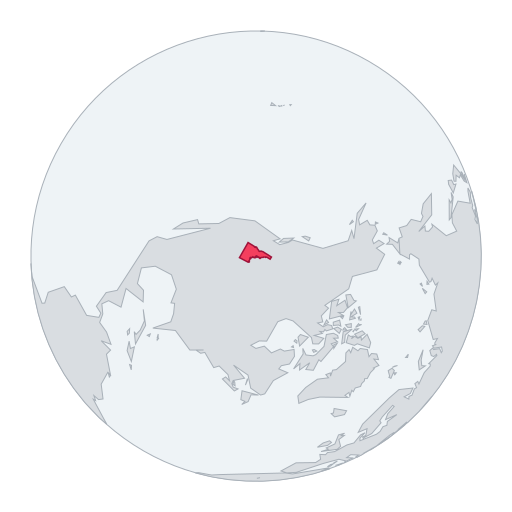 Idaho highlighted on a globe, orthographic projection, rotated 120°
{"feature_id": "USA-3518", "entity_name": "Idaho", "entity_type": "State", "adm_level": 1, "iso_a3": "USA", "parent_name": "United States of America", "parent_adm1": "", "projection": "orthographic", "projection_center": [-114.383, 45.496], "detail": "fine", "context": "on_globe", "style": "filled", "palette": "rose", "viewbox_px": 512, "rotation_deg": 120, "n_neighbors": 0, "source": "natural_earth", "source_scale": "10m", "svg_char_len": 11994}
<svg xmlns="http://www.w3.org/2000/svg" viewBox="0 0 512 512"><g transform="rotate(120 256 256)"><circle cx="256" cy="256" r="225" fill="#eef3f6" stroke="#a8b0b8"/><path d="M58.8,363.4L59.4,364.7L58.8,363.4ZM375.0,447.3L385.6,439.9L403.9,417.7L402.4,415.4L391.3,417.8L378.4,406.7L383.8,395.4L380.2,392.9L392.1,373.0L387.7,361.4L383.1,361.8L379.3,369.1L362.6,367.5L355.2,359.1L296.4,356.2L288.7,351.3L286.2,341.4L254.7,309.3L273.9,341.0L263.9,335.7L253.7,324.8L256.8,321.6L246.4,304.4L235.8,297.8L226.1,274.5L229.1,243.7L234.1,248.6L234.3,241.1L228.0,234.7L223.9,232.4L215.9,201.8L196.7,183.8L186.0,185.9L192.0,179.8L168.4,189.7L155.0,187.2L173.1,185.4L177.2,181.8L169.5,177.5L172.1,172.9L169.9,168.4L173.6,163.5L183.9,163.3L186.5,160.3L180.9,157.5L181.2,151.3L189.0,155.7L190.2,145.4L207.6,144.4L225.5,162.3L238.1,159.3L264.3,171.7L264.9,167.1L275.2,169.5L279.7,165.2L283.2,169.2L283.7,162.4L279.6,159.6L278.4,155.8L280.7,153.1L285.7,157.6L285.2,159.6L287.9,159.6L289.4,163.0L289.9,159.8L295.7,165.9L293.4,156.1L300.8,157.8L303.7,162.9L298.9,167.2L293.7,191.4L295.2,198.7L302.0,204.3L324.4,204.2L327.9,210.7L335.9,215.9L336.1,209.9L329.9,203.7L332.2,194.2L324.4,188.4L324.2,183.9L317.9,176.3L323.7,172.5L332.8,173.0L338.3,179.2L342.4,179.8L341.2,170.1L355.2,178.7L371.0,179.5L374.1,182.5L373.1,194.5L363.1,203.4L361.7,220.9L367.6,204.8L375.2,213.5L378.6,213.2L381.0,210.2L380.1,205.1L383.7,207.3L379.3,223.6L375.9,221.8L377.3,216.5L372.7,221.0L369.7,232.9L373.8,236.8L365.1,252.1L367.9,255.3L367.5,260.7L363.6,254.4L370.5,266.3L360.8,288.5L370.0,309.3L355.6,296.9L347.2,298.5L337.7,302.8L339.1,306.2L324.6,308.4L314.5,319.8L315.2,338.1L323.6,349.3L339.2,344.9L341.9,336.3L352.2,330.8L349.1,352.3L367.8,347.3L368.4,361.3L374.5,365.6L382.8,359.7L391.7,358.2L396.6,347.4L405.0,337.4L406.8,347.7L410.2,334.9L415.8,336.4L431.6,322.7L430.8,326.2L444.4,326.0L456.3,317.0L459.1,320.6L457.9,326.6L461.4,322.6L461.4,325.3L472.7,307.1L476.2,301.2L474.6,310.3L468.7,330.3L467.8,332.7L461.6,348.1L454.2,363.1L445.7,377.5L436.2,391.2L425.7,404.2L414.3,416.3L401.9,427.6L388.8,437.9L375.0,447.3ZM115.3,319.0L116.0,314.2L118.3,318.6L115.3,319.0ZM114.7,310.4L114.8,312.2L114.3,310.5L114.7,310.4ZM113.1,308.6L114.2,309.9L112.8,308.9L113.1,308.6ZM110.9,306.7L112.2,307.6L110.9,306.7ZM371.2,316.9L392.4,316.4L382.4,323.6L383.9,320.7L378.1,319.2L368.0,320.2L358.6,327.0L371.2,316.9ZM108.0,302.4L107.3,301.2L108.6,301.5L108.0,302.4ZM376.0,300.8L372.5,301.7L375.7,299.9L376.0,300.8ZM221.6,232.3L227.6,235.1L232.3,242.8L227.0,240.9L221.6,232.3ZM213.1,218.2L216.6,217.9L216.1,225.6L214.2,223.3L213.1,218.2ZM177.6,188.8L182.1,190.8L176.9,190.5L177.6,188.8ZM168.9,168.6L166.8,169.6L166.5,166.9L168.9,168.6ZM315.1,179.0L316.5,177.7L317.0,179.8L315.1,179.0ZM311.1,177.1L310.7,180.5L308.7,180.1L309.0,178.0L311.1,177.1ZM172.0,157.0L172.2,152.6L173.8,157.1L172.0,157.0ZM312.2,173.2L305.3,179.0L301.8,178.3L300.2,170.1L312.2,173.2ZM173.5,150.0L173.8,139.8L169.2,141.0L182.3,132.4L177.7,143.7L180.4,148.8L176.5,147.6L173.5,150.0ZM277.3,159.9L281.8,162.7L276.0,162.9L277.3,159.9ZM273.8,161.0L257.5,167.8L252.0,162.6L258.6,161.2L249.8,156.8L255.1,150.9L261.1,152.0L263.7,156.4L263.8,150.8L273.8,161.0ZM189.5,129.6L191.2,127.3L191.4,129.7L189.5,129.6ZM277.5,154.3L274.7,156.0L269.7,151.5L274.4,147.4L274.5,150.1L277.5,154.3ZM244.8,158.7L242.0,154.9L245.5,149.0L244.8,146.7L254.7,150.3L244.8,158.7ZM276.8,149.8L276.9,145.4L281.4,145.2L279.9,152.4L276.8,149.8ZM266.4,152.2L264.3,150.0L267.0,149.8L266.4,152.2ZM297.1,142.4L293.8,144.2L291.0,142.0L297.1,142.4ZM276.7,143.8L275.2,143.9L273.7,143.4L274.7,140.6L276.7,143.8ZM256.5,146.0L258.6,144.5L252.7,144.2L255.1,140.0L261.2,143.3L259.6,140.1L260.3,138.8L264.5,143.0L256.5,146.0ZM271.2,136.1L279.8,139.2L286.5,136.1L289.2,137.9L278.0,142.6L271.2,136.1ZM266.9,139.7L270.2,137.8L271.9,140.9L270.8,144.1L266.9,139.7ZM254.5,136.1L249.2,141.7L248.0,140.8L254.5,136.1ZM272.8,134.5L270.6,133.8L273.0,133.9L272.8,134.5ZM259.7,134.9L258.0,136.9L256.7,135.8L259.7,134.9ZM267.8,130.9L270.6,131.8L269.9,133.9L267.8,130.9ZM263.8,132.2L262.5,130.3L268.0,134.1L263.3,133.3L263.8,132.2ZM258.8,133.5L257.5,133.6L259.7,132.8L258.8,133.5ZM268.8,122.6L275.9,126.9L274.4,131.5L267.7,126.6L268.8,122.6ZM474.2,200.1L472.4,197.6L467.9,185.0L463.3,177.9L429.4,122.4L426.5,115.4L404.7,89.0L402.7,86.6L409.9,92.1L403.5,85.7L416.0,97.4L427.5,110.0L438.1,123.4L447.6,137.5L456.0,152.4L463.3,167.8L469.4,183.8L474.2,200.1ZM367.0,60.0L366.5,59.8L344.9,49.2L327.7,42.5L347.8,50.3L367.0,60.0ZM324.5,41.4L323.8,41.2L332.8,44.9L324.2,42.4L335.4,46.3L333.8,45.2L340.7,47.9L342.6,49.1L339.5,48.1L344.5,50.7L358.0,55.9L357.8,55.3L373.2,64.3L374.4,64.4L379.9,67.9L380.1,69.1L377.1,67.7L380.7,74.6L385.3,76.7L382.2,70.6L384.9,72.9L391.0,76.6L388.5,75.7L390.6,82.6L402.0,94.0L423.2,112.9L428.4,120.9L429.7,126.9L415.1,117.9L405.1,101.1L399.8,98.4L395.9,101.5L393.3,96.4L390.5,95.8L386.1,90.1L374.2,82.8L368.9,77.7L358.7,76.0L354.6,73.3L361.8,74.9L364.0,73.6L350.2,62.6L345.9,60.8L340.3,60.7L337.2,58.0L333.6,59.5L322.9,54.7L332.9,62.0L326.7,63.0L317.2,61.1L317.0,63.0L332.4,66.2L336.9,66.4L337.9,64.3L351.9,67.0L357.8,70.7L350.0,73.5L357.6,79.3L348.3,79.6L312.3,69.6L300.2,65.4L291.9,54.1L297.9,53.6L303.9,57.3L303.5,52.1L301.1,53.3L298.5,51.3L291.9,52.4L289.7,51.1L287.1,54.6L283.7,53.2L285.4,50.9L272.8,52.0L264.2,50.1L262.4,51.1L262.9,52.6L251.8,49.6L250.9,50.5L254.2,51.8L254.6,54.4L251.0,58.2L247.4,57.0L248.2,55.4L244.4,50.6L247.1,47.2L245.2,47.1L242.0,49.8L246.7,55.6L245.5,58.3L242.4,55.6L243.5,56.7L241.8,57.7L236.7,57.6L239.7,60.8L226.0,75.0L214.7,76.9L213.5,72.4L200.1,82.8L188.4,85.1L191.5,86.1L187.2,92.4L190.7,91.7L191.9,92.7L182.3,109.9L177.2,113.4L176.6,123.0L178.1,123.7L181.9,121.5L182.3,132.4L169.2,141.0L166.3,138.9L160.1,146.1L154.3,140.7L146.7,139.9L144.0,130.5L138.2,131.2L136.4,134.0L127.2,137.3L114.3,135.3L132.5,124.4L153.4,127.3L145.6,124.7L149.7,121.8L148.3,118.8L142.6,117.6L140.5,119.6L143.3,101.4L134.1,94.6L129.1,102.5L122.3,107.0L107.5,108.6L103.2,96.9L94.1,104.7L91.1,106.5L93.6,102.3L98.1,99.4L103.9,93.6L106.0,93.0L111.6,85.9L114.9,84.7L117.6,80.3L112.6,83.7L106.5,90.0L107.4,87.3L96.5,97.2L92.0,101.5L103.3,90.4L115.3,80.1L128.0,70.6L141.3,62.1L155.2,54.5L169.6,48.0L184.4,42.4L199.6,37.9L215.0,34.5L230.7,32.1L246.4,30.9L262.3,30.8L278.0,31.8L293.7,33.9L309.2,37.1L324.5,41.4ZM446.0,141.7L448.1,144.1L446.0,141.7ZM297.4,34.6L298.5,34.8L290.5,33.5L289.5,33.5L294.2,34.4L308.0,36.9L305.7,36.3L297.4,34.6ZM432.1,322.2L434.2,322.5L431.8,324.8L432.1,322.2ZM382.1,329.1L386.1,327.1L388.5,327.7L385.7,329.9L382.1,329.1ZM412.9,309.2L417.0,307.1L413.2,311.2L412.9,309.2ZM395.5,315.9L409.7,311.2L402.4,320.3L393.2,323.3L398.9,318.5L395.5,315.9ZM376.3,308.6L379.1,308.1L379.0,310.6L376.3,308.6ZM378.3,299.5L377.4,300.2L375.6,299.1L378.3,299.5ZM375.4,212.5L375.9,211.3L378.9,209.2L378.6,212.0L375.4,212.5ZM386.0,190.0L391.7,194.1L387.4,192.9L388.0,197.3L379.7,200.7L375.2,184.3L378.7,190.9L386.0,190.0ZM367.4,201.3L373.1,200.6L367.0,202.0L367.4,201.3ZM379.3,99.9L379.7,97.4L384.2,99.3L390.9,107.2L384.4,104.4L379.3,99.9ZM379.3,93.7L369.7,95.1L365.2,90.7L369.4,92.8L367.3,89.8L373.5,92.5L378.5,87.6L382.8,89.0L392.8,101.9L387.2,96.7L387.1,99.2L379.3,93.7ZM353.2,110.4L349.0,112.1L344.7,100.2L349.1,100.1L356.0,107.5L354.9,112.1L353.2,110.4ZM310.6,157.9L309.2,160.2L307.9,158.8L307.9,155.8L310.6,157.9ZM295.8,143.5L314.9,147.0L314.4,149.7L326.3,149.2L329.4,156.1L321.6,156.1L333.0,161.3L327.2,164.1L335.0,167.0L317.3,166.2L312.6,169.3L316.7,163.2L313.9,156.6L311.3,154.8L300.3,151.9L288.8,155.8L284.2,150.3L284.0,145.5L286.0,143.7L288.4,147.7L289.5,142.5L294.4,147.0L295.8,143.5ZM284.5,98.1L286.3,102.4L289.3,94.8L294.3,98.3L294.4,97.2L299.8,98.6L306.5,98.4L308.0,100.6L310.0,99.7L313.6,100.7L316.7,100.2L320.7,104.1L324.9,103.9L324.4,105.9L330.5,104.6L327.7,107.3L332.2,109.3L332.5,105.6L346.2,130.1L354.1,139.0L362.2,145.2L356.3,149.8L345.0,147.2L332.0,141.2L325.2,132.3L323.8,136.2L320.1,133.2L322.8,131.4L316.5,132.5L314.2,129.6L302.6,125.7L295.0,129.7L290.5,128.6L292.4,125.6L286.7,126.6L287.1,120.3L284.0,119.5L281.3,112.7L286.7,107.8L282.7,107.2L280.5,102.4L284.5,98.1ZM268.3,120.6L273.6,113.4L278.9,111.9L281.4,124.4L284.2,126.1L286.0,134.5L278.2,136.6L278.4,133.9L276.8,131.8L279.9,132.0L276.2,130.3L276.4,126.7L273.6,124.5L276.1,122.7L268.3,120.6ZM397.6,82.5L395.6,80.6L391.8,77.3L395.6,79.8L397.6,82.5ZM399.4,87.2L397.2,85.1L400.7,86.5L402.8,88.8L399.4,87.2ZM392.9,83.0L396.8,84.9L396.0,85.2L392.9,83.0ZM359.4,73.2L356.6,71.3L357.5,71.0L360.4,71.9L359.4,73.2ZM294.5,78.0L294.7,80.2L293.2,80.2L289.2,84.2L285.2,82.1L286.0,78.9L294.5,78.0ZM289.5,76.4L288.3,78.2L287.0,76.1L289.5,76.4ZM282.1,80.9L280.1,78.7L284.3,82.3L282.1,80.9ZM253.6,64.4L263.6,60.9L268.1,57.6L266.5,54.4L273.0,57.7L266.1,62.7L253.6,64.4ZM229.8,73.7L231.2,76.9L227.8,77.0L227.0,76.2L229.8,73.7ZM232.6,74.6L239.7,76.0L238.7,78.8L233.3,77.1L232.6,74.6ZM264.9,75.0L268.1,74.0L269.1,75.7L264.9,75.0ZM56.7,360.7L58.9,364.7L57.2,361.8L56.7,360.7ZM59.3,364.6L57.3,361.3L58.8,363.4L59.3,364.6ZM81.0,118.7L83.8,116.2L81.9,119.8L80.5,120.4L81.0,118.7ZM78.4,130.3L82.3,119.9L86.0,112.4L83.2,115.8L80.9,116.6L87.1,110.0L87.0,113.3L83.6,119.6L86.5,118.9L86.0,123.1L91.3,120.2L92.2,121.9L86.4,126.7L78.4,130.3ZM93.7,118.8L102.7,116.7L97.6,125.0L94.5,127.3L92.5,124.6L95.3,120.4L93.7,118.8ZM103.4,118.8L106.2,114.8L125.3,106.3L128.1,106.7L110.8,116.8L112.6,113.7L108.8,114.5L103.4,118.8ZM188.9,127.0L190.9,127.3L188.6,128.6L188.9,127.0ZM193.9,92.2L195.1,93.8L192.4,95.2L193.9,92.2ZM196.8,99.2L199.1,96.6L198.2,99.9L196.8,99.2ZM204.0,90.7L200.8,95.8L201.7,90.2L204.0,90.7Z" fill="#d9dde1" stroke="#a8b0b8" stroke-width="1"/><path d="M249.2,242.1L251.7,242.2L251.6,246.1L251.8,246.3L251.9,246.5L252.0,246.7L252.1,246.8L252.2,247.0L252.3,247.1L252.4,247.3L252.5,247.3L252.5,247.5L252.5,247.8L252.4,247.8L252.5,248.0L252.5,248.3L252.4,248.3L252.5,248.3L252.8,248.5L253.0,248.8L253.4,249.0L253.5,249.0L253.6,249.3L253.8,249.5L254.2,250.0L254.3,250.2L254.5,250.3L254.5,250.5L254.7,250.8L254.8,250.9L255.0,251.0L255.3,251.1L255.3,251.3L255.4,251.5L255.5,251.5L255.7,251.4L255.7,251.5L255.8,251.5L255.9,251.4L256.1,251.4L256.2,251.5L256.1,251.8L256.1,252.0L256.0,252.3L255.9,252.5L255.9,252.8L255.8,253.0L255.9,253.3L255.7,253.3L255.8,253.6L255.7,253.8L255.8,253.9L255.8,254.0L256.0,254.1L255.9,254.2L255.9,254.3L256.0,254.4L256.0,254.5L255.9,254.6L255.7,254.6L255.6,254.8L255.6,255.0L255.7,255.3L255.6,255.5L255.8,255.8L256.1,256.0L256.4,256.0L256.4,255.9L256.5,255.8L256.8,255.7L256.9,255.4L257.1,255.4L257.0,255.2L257.3,255.4L257.4,255.5L257.6,255.5L257.6,255.8L257.7,256.0L257.7,256.3L257.8,256.4L257.8,256.7L258.0,256.9L258.0,257.0L258.2,257.3L258.3,257.3L258.3,257.5L258.4,257.4L258.4,257.5L258.5,257.5L258.6,257.8L258.6,258.1L258.6,258.3L258.6,258.5L258.8,258.6L259.0,258.7L259.3,258.7L259.5,258.8L259.6,259.0L259.7,259.3L259.8,259.3L259.7,259.4L259.7,259.5L259.8,259.6L259.9,259.8L259.9,260.0L260.0,260.1L260.3,260.3L260.4,260.2L260.6,259.9L260.8,259.8L261.2,259.9L261.3,259.9L261.5,260.0L261.7,259.8L261.7,259.7L261.8,259.7L262.0,259.6L262.3,259.6L262.7,259.6L262.8,259.6L263.0,259.6L263.3,259.7L263.6,259.5L263.9,259.5L264.1,259.6L264.1,259.4L264.1,259.2L264.2,258.9L264.3,258.8L264.5,258.8L264.7,259.1L264.8,259.1L264.9,259.3L265.0,259.4L265.0,259.5L265.3,259.7L265.7,269.5L248.3,269.6L248.5,262.6L248.5,262.4L248.7,262.2L248.7,261.8L248.8,261.7L248.7,261.4L248.8,261.3L248.9,261.2L248.8,260.9L248.7,260.9L248.7,260.7L248.4,260.6L248.2,260.7L248.1,260.4L248.1,260.2L248.1,259.8L248.2,259.7L248.3,259.6L248.4,259.3L248.5,259.1L248.6,258.9L248.8,258.7L249.1,258.4L249.2,258.2L249.2,257.9L249.2,257.7L249.5,257.3L249.6,257.1L249.6,256.9L249.7,256.7L249.8,256.4L249.9,256.2L250.1,256.0L250.1,255.9L250.2,255.6L250.3,255.6L250.3,255.4L250.2,255.2L250.1,254.9L249.9,254.8L249.8,254.7L249.7,254.6L249.4,254.4L249.2,254.0L249.2,253.9L249.1,253.7L249.1,253.4L249.1,253.2L249.0,252.9L248.9,252.6L248.8,252.4L248.8,252.2L248.8,251.5L248.9,250.2L249.0,245.8L249.1,244.6L249.2,242.1Z" fill="#f43f5e" stroke="#9f1239" stroke-width="1.5"/></g></svg>